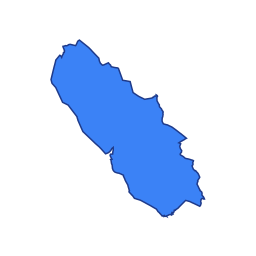 Morelos, Michoacán, Mexico, rotated 63°
{"feature_id": "50627088B83607479141313", "entity_name": "Morelos", "entity_type": "district", "adm_level": 2, "iso_a3": "MEX", "parent_name": "Mexico", "parent_adm1": "Michoacán", "projection": "mercator", "projection_center": [-101.41, 19.992], "detail": "fine", "context": "isolated", "style": "filled", "palette": "blue", "viewbox_px": 256, "rotation_deg": 63, "n_neighbors": 0, "source": "geoboundaries", "source_scale": "gbopen_adm2", "svg_char_len": 4882}
<svg xmlns="http://www.w3.org/2000/svg" viewBox="0 0 256 256"><g transform="rotate(63 128 128)"><path d="M163.7,80.6L156.9,83.6L156.4,83.9L156.0,84.1L151.9,86.0L150.1,86.9L147.5,88.2L146.9,88.6L145.8,89.4L145.1,90.0L143.2,91.4L141.8,93.1L141.5,93.3L141.4,93.5L140.3,94.6L139.5,94.6L137.8,94.6L137.0,94.3L136.7,94.2L136.1,93.9L135.1,93.2L134.6,93.0L134.2,92.5L133.8,92.0L131.5,90.4L130.4,90.2L129.8,89.4L128.6,89.4L127.5,89.7L126.8,89.5L126.4,89.5L125.9,89.6L123.7,90.2L123.5,90.3L122.3,90.0L121.7,89.6L121.0,89.6L120.3,89.8L116.9,89.8L115.4,89.1L114.0,88.5L113.6,88.0L113.1,87.3L112.3,87.3L111.2,87.9L111.5,88.1L112.0,88.3L112.1,88.7L112.0,89.3L111.6,89.9L112.1,91.2L111.9,91.7L112.2,91.9L112.1,93.4L110.0,100.1L108.0,101.6L104.8,104.0L102.9,105.1L100.2,106.6L98.7,107.4L93.9,106.4L87.6,105.0L83.0,111.1L82.1,111.0L81.7,110.9L80.3,110.7L70.7,109.5L69.9,109.8L68.5,111.8L67.6,113.0L65.8,115.1L63.9,115.0L63.6,115.2L62.1,115.7L61.3,115.8L61.0,115.9L60.8,120.1L60.8,120.7L60.7,121.4L60.6,121.6L60.4,122.3L59.1,122.7L57.9,123.2L55.5,123.1L54.7,122.9L52.5,122.3L51.2,122.7L46.9,124.0L43.2,125.1L42.0,125.4L38.5,126.5L34.9,128.1L27.6,131.4L27.7,132.4L27.9,133.4L29.2,135.0L29.4,135.2L30.3,136.4L30.8,137.3L28.7,139.8L28.0,140.6L27.3,141.4L26.9,142.4L26.8,143.0L26.8,143.5L27.0,144.0L26.9,145.2L26.6,145.9L26.2,146.3L26.1,147.5L25.7,148.9L26.4,149.1L29.1,149.3L29.6,149.3L29.9,149.4L30.1,149.6L30.4,149.5L30.6,149.6L30.8,149.8L31.6,150.4L31.5,150.9L31.7,151.2L31.8,151.6L32.5,151.8L33.7,153.8L34.9,155.0L34.2,155.0L32.7,155.4L32.4,155.6L32.2,155.8L32.7,156.9L34.7,161.5L36.2,162.7L38.6,164.8L39.1,165.3L41.4,167.3L47.8,172.8L49.9,174.6L53.6,175.4L54.2,175.3L56.0,174.8L57.7,174.4L59.0,174.0L75.4,174.6L76.5,173.8L80.4,170.9L85.0,170.1L94.9,168.3L95.6,168.6L97.8,168.9L97.9,169.0L98.5,169.1L106.6,169.6L110.7,169.8L123.8,165.2L127.0,164.1L127.5,163.9L131.7,162.2L134.8,161.3L140.1,159.9L140.8,159.7L141.0,158.2L141.1,156.6L140.8,155.2L140.3,153.8L140.0,153.2L139.2,152.0L138.8,151.1L138.6,150.0L139.6,150.5L141.0,151.2L141.9,152.0L142.1,152.1L143.1,152.8L144.0,153.4L144.2,153.5L143.4,155.5L143.8,156.0L144.2,156.3L144.6,156.5L146.8,156.5L148.5,156.5L148.3,156.9L148.2,157.1L148.2,157.7L148.2,157.8L148.8,157.7L152.1,158.8L153.2,158.9L153.7,158.9L154.5,159.2L154.9,159.4L155.7,159.6L156.5,160.1L158.8,160.4L160.1,160.2L161.5,159.6L162.2,158.9L162.6,158.5L163.3,157.8L163.8,157.1L164.1,156.7L164.3,156.4L164.6,156.2L164.9,156.0L165.1,155.8L165.5,155.4L166.7,154.5L168.0,153.5L168.5,153.7L168.8,153.9L171.5,154.0L171.8,154.0L173.2,154.2L174.9,154.2L176.6,154.1L177.5,154.1L178.5,154.0L180.1,154.4L184.3,155.2L184.6,155.2L184.7,155.5L184.8,155.8L185.6,156.0L185.8,156.1L187.2,155.6L188.1,155.3L188.5,155.3L189.3,155.1L189.5,155.0L189.9,154.7L193.6,154.2L195.0,152.7L195.4,152.4L196.4,151.3L197.9,149.8L198.7,149.2L201.6,147.2L202.3,146.7L203.1,146.2L207.4,143.2L209.8,141.7L213.2,139.5L216.1,139.2L217.3,138.7L217.8,138.5L218.1,138.5L218.4,138.4L218.5,138.4L219.4,138.1L220.1,137.9L220.8,137.8L221.0,137.7L221.3,137.6L222.0,137.5L222.0,136.5L222.5,136.3L223.1,136.2L222.7,135.3L222.9,135.3L223.4,135.2L223.6,135.0L223.6,134.9L224.0,133.9L224.3,133.7L224.2,133.7L223.8,133.5L223.9,132.9L224.0,131.6L224.0,131.4L223.9,130.8L223.9,130.7L224.0,130.5L224.3,129.7L224.5,129.5L224.8,129.0L225.1,128.8L225.4,128.6L225.0,127.9L224.8,127.4L225.0,127.0L224.9,127.0L224.7,126.9L224.6,127.0L224.4,127.4L224.2,127.3L224.1,127.5L223.9,127.7L223.8,127.8L223.2,127.1L223.4,126.9L223.8,126.3L224.0,126.0L224.0,125.7L223.7,125.4L223.1,124.7L222.6,124.3L222.8,124.2L222.8,123.5L222.8,123.2L222.6,123.2L222.4,123.2L222.4,122.9L222.4,122.4L222.3,121.1L222.2,120.1L222.0,119.4L221.5,118.1L221.4,117.8L221.3,117.5L219.5,112.0L218.7,109.5L221.5,106.4L223.6,104.8L223.9,104.6L224.7,103.9L230.3,99.6L229.9,98.6L229.3,98.0L228.9,97.6L228.4,97.2L228.1,96.9L227.9,96.9L227.5,96.8L227.0,96.8L226.6,96.7L225.9,96.1L224.8,95.3L224.7,94.9L224.4,93.9L224.5,93.7L225.0,93.3L225.3,93.1L225.8,92.7L226.0,92.1L224.4,92.0L223.9,92.1L223.4,92.0L222.4,92.4L221.2,92.5L220.1,91.8L219.2,91.5L218.5,91.4L218.0,91.6L217.1,91.9L217.0,92.0L216.4,92.3L215.9,92.0L214.9,92.1L213.9,92.1L211.8,92.0L210.8,92.0L210.2,92.0L209.3,92.0L208.8,91.5L208.5,91.3L208.2,91.0L207.2,89.9L206.7,90.0L205.7,88.5L205.0,87.2L204.4,86.4L200.7,86.2L199.4,86.4L198.3,86.8L196.7,87.1L196.6,87.7L194.4,88.5L193.5,88.4L193.0,88.4L192.9,88.4L191.5,88.2L191.0,88.1L190.6,87.9L190.5,87.3L189.7,86.4L188.4,86.2L187.7,85.6L187.7,85.3L187.7,85.2L186.8,84.5L185.8,85.3L185.7,85.5L185.3,85.9L185.1,86.1L184.0,87.2L183.0,88.3L182.2,89.3L181.1,90.7L178.6,91.7L175.7,93.5L175.2,93.5L174.7,93.1L174.1,92.1L173.9,91.4L172.5,90.4L170.6,90.7L169.7,90.6L169.0,90.5L167.7,90.2L166.0,88.2L165.4,88.6L164.5,89.2L164.3,89.4L164.0,86.7L164.0,85.9L164.0,85.0L163.9,84.8L163.9,84.2L163.9,83.1L163.7,82.0L163.7,81.8L163.7,80.6Z" fill="#3b82f6" stroke="#1e3a8a" stroke-width="1.5"/></g></svg>